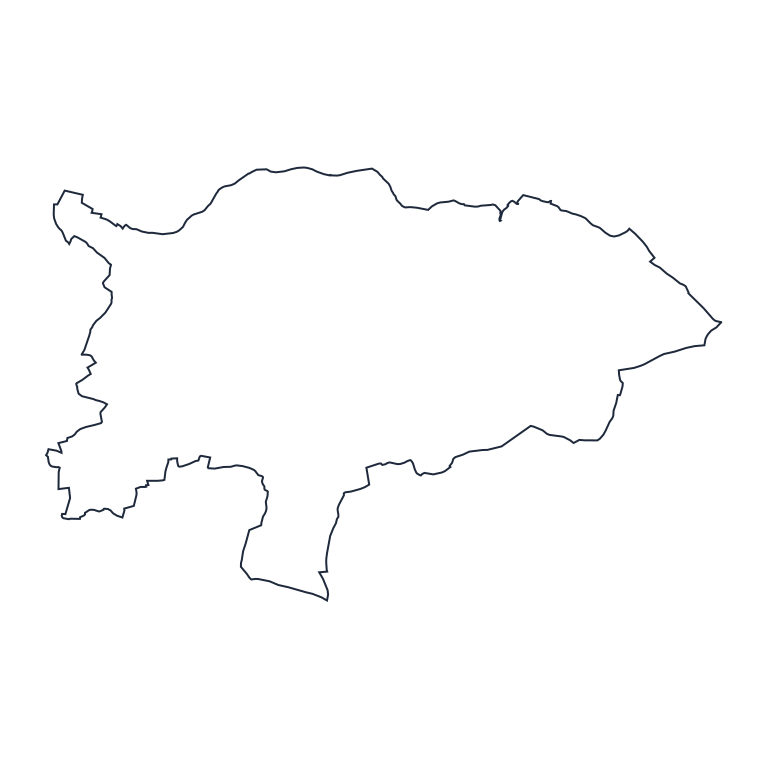 Ceanu Mare, Cluj, Romania (Robinson projection)
{"feature_id": "2599482B18461977466611", "entity_name": "Ceanu Mare", "entity_type": "district", "adm_level": 2, "iso_a3": "ROU", "parent_name": "Romania", "parent_adm1": "Cluj", "projection": "robinson", "projection_center": [23.937, 46.642], "detail": "fine", "context": "isolated", "style": "outline", "palette": "slate", "viewbox_px": 768, "rotation_deg": 0, "n_neighbors": 0, "source": "geoboundaries", "source_scale": "gbopen_adm2", "svg_char_len": 6025}
<svg xmlns="http://www.w3.org/2000/svg" viewBox="0 0 768 768"><path d="M721.9,322.3L716.2,321.1L714.8,320.5L712.9,318.9L703.6,308.2L688.4,293.3L688.6,292.7L688.3,291.9L685.7,286.3L683.2,284.7L680.1,283.5L672.6,277.5L666.7,273.6L659.7,267.5L654.7,265.0L650.1,261.6L654.5,257.8L649.2,251.0L646.8,246.8L642.8,241.7L635.3,233.9L629.3,228.7L627.7,230.7L625.6,232.2L619.0,235.4L614.1,236.5L610.1,235.7L605.4,232.7L600.1,228.1L598.4,227.2L592.8,225.2L590.3,223.1L585.9,218.6L584.6,217.8L580.7,216.0L575.9,214.4L572.6,213.7L566.4,211.1L561.2,210.4L560.4,209.9L558.6,207.3L557.3,206.2L550.6,203.6L551.0,201.0L550.2,201.1L548.1,202.3L543.1,201.3L540.6,200.4L539.1,199.1L523.2,195.1L517.6,201.5L517.2,203.2L518.8,204.1L516.7,203.9L514.0,201.6L512.3,200.8L511.0,201.3L509.3,202.8L507.5,205.0L508.2,205.9L507.9,206.3L506.5,207.9L504.0,209.7L502.3,212.0L500.2,219.6L500.2,220.2L500.7,220.6L499.9,221.0L499.5,220.5L499.4,218.7L500.7,214.9L500.7,214.1L500.3,213.4L500.5,211.7L500.4,210.8L495.3,205.2L492.8,204.5L490.4,205.0L480.9,205.7L478.2,206.5L475.1,206.7L464.6,205.3L463.9,204.1L461.7,204.1L459.4,203.4L455.2,201.0L453.6,200.4L448.5,201.7L440.1,202.5L437.2,203.3L432.0,206.3L428.1,209.9L416.8,207.7L410.3,207.1L405.4,207.4L404.4,207.2L401.8,205.7L400.5,203.9L397.0,200.5L396.4,199.4L395.4,196.1L393.7,194.4L393.1,192.9L391.7,190.9L390.2,186.5L388.7,183.8L383.1,178.5L382.1,176.7L380.2,175.1L377.4,171.8L372.0,168.6L356.5,170.9L347.5,172.8L339.9,175.2L336.8,175.6L332.3,175.4L330.1,174.9L329.9,175.0L330.5,175.4L329.6,175.4L323.7,174.1L316.8,171.6L312.3,169.3L307.2,167.9L304.0,167.5L297.4,167.9L291.2,169.2L284.4,171.3L275.9,172.3L270.8,171.6L266.6,169.3L256.6,169.7L251.9,171.9L249.4,173.5L248.6,173.5L238.8,180.3L234.9,183.5L231.1,185.2L224.6,186.4L222.5,187.3L219.5,189.2L218.2,190.5L217.9,191.4L216.3,193.5L210.6,203.6L207.9,206.1L204.6,210.2L202.1,211.8L193.7,214.5L191.7,215.6L186.9,219.9L185.0,222.9L183.0,226.9L179.0,230.5L176.8,231.8L173.1,233.0L162.6,234.2L152.4,232.8L148.6,232.9L141.8,231.5L136.5,229.2L132.5,229.0L130.2,228.1L126.2,224.8L125.2,225.3L123.9,226.7L122.7,228.6L120.6,226.1L117.4,224.1L117.2,225.0L116.2,226.1L109.9,221.4L106.9,219.6L100.6,217.6L101.5,214.2L91.6,212.8L92.4,210.6L92.6,209.0L81.8,202.8L82.0,199.1L82.8,194.8L64.7,190.6L57.4,204.4L54.0,204.4L53.7,214.6L54.2,218.6L56.2,224.1L58.3,227.4L59.7,229.0L60.9,229.9L62.0,231.3L63.1,233.6L65.9,240.7L68.1,242.3L69.2,244.0L70.6,241.2L71.1,239.2L74.3,236.1L77.3,237.3L85.7,242.0L87.2,243.6L88.6,246.0L93.0,248.2L97.0,252.6L104.5,257.9L108.8,263.2L111.0,264.7L110.0,268.6L109.6,275.1L104.5,280.7L103.3,282.2L102.9,283.2L104.6,287.3L111.6,291.9L111.7,295.3L112.1,297.9L111.6,299.1L111.5,302.5L111.2,303.6L105.4,312.6L100.1,317.9L96.4,320.8L93.1,325.1L92.2,327.2L90.4,329.7L90.3,331.8L89.3,335.5L84.4,349.9L81.7,354.4L81.8,354.7L86.6,354.7L90.0,355.3L91.6,356.4L93.8,360.4L95.8,362.7L87.5,367.6L88.9,369.8L90.7,374.0L88.3,375.4L82.3,379.9L76.7,383.2L76.2,383.9L76.8,386.0L77.3,386.9L77.2,388.5L78.6,393.7L82.0,396.2L93.5,399.1L95.8,400.1L99.5,401.0L103.5,402.4L107.0,404.3L104.8,407.5L100.7,412.0L100.5,412.6L100.4,413.6L101.9,421.9L101.1,423.1L94.4,425.0L85.9,427.0L80.2,429.1L76.7,431.8L74.7,434.5L72.0,436.5L67.4,438.0L66.9,441.0L58.4,443.1L61.3,450.9L61.5,452.8L56.6,450.7L48.5,449.2L47.5,452.8L46.1,455.2L47.9,456.8L48.7,462.3L49.6,464.4L50.6,465.7L52.0,466.5L56.6,467.2L58.6,467.1L59.7,467.7L58.7,471.9L58.5,489.1L68.9,487.8L70.1,498.0L65.4,514.1L62.1,513.9L61.7,515.5L62.3,517.4L63.3,518.2L68.8,519.2L70.3,518.7L79.9,518.9L80.1,517.2L83.8,515.6L85.0,514.5L85.0,512.9L89.3,510.0L91.3,509.7L94.0,509.9L98.7,511.4L99.6,511.4L103.5,509.8L103.7,508.9L104.4,508.7L107.8,509.0L110.5,510.4L113.1,513.3L117.0,515.7L122.4,517.5L124.4,510.6L124.2,508.6L133.8,505.9L136.4,495.3L136.6,492.8L135.9,488.7L140.7,486.9L144.7,487.0L146.2,486.7L145.8,485.7L145.9,485.3L148.4,485.0L147.1,480.8L157.5,480.8L162.5,480.4L164.4,479.9L165.4,471.6L166.3,468.1L168.3,462.1L168.4,459.5L171.2,459.4L171.3,458.6L177.1,458.3L177.2,461.6L178.1,465.6L178.5,466.3L179.5,466.7L182.3,466.3L189.1,464.0L195.4,461.1L198.4,460.5L199.8,456.5L201.1,455.8L210.2,457.5L207.8,467.3L208.4,468.2L214.7,468.6L223.5,467.0L230.7,466.8L235.4,465.5L237.0,465.4L242.6,466.1L249.4,467.9L253.7,469.8L255.1,470.9L258.3,475.1L261.8,476.1L262.7,476.7L263.0,477.7L261.9,481.3L262.6,483.8L264.4,486.5L264.4,488.9L264.6,489.4L265.2,490.0L267.4,491.1L267.8,491.7L267.5,496.2L265.8,501.8L266.5,507.4L266.4,509.3L265.9,511.3L264.9,513.6L263.0,516.6L261.4,522.9L261.2,525.2L249.3,530.1L245.6,543.7L243.1,551.3L241.8,559.9L241.0,563.0L240.9,566.8L247.0,574.1L249.4,577.7L251.3,579.5L255.3,578.9L258.1,579.0L269.6,581.3L278.3,585.0L288.2,587.2L306.4,592.4L312.4,593.8L321.4,597.3L327.0,600.5L328.1,594.6L327.6,590.2L323.0,578.9L319.2,572.3L327.2,571.6L326.7,569.8L326.2,562.4L326.3,558.7L327.0,553.3L330.2,535.9L333.3,528.2L336.0,523.1L336.9,519.1L338.4,516.8L338.3,514.0L337.6,510.1L337.7,508.2L338.9,504.8L343.9,495.3L343.8,493.3L345.3,492.3L350.8,491.6L360.2,489.0L365.0,487.1L369.2,484.6L366.4,467.7L379.2,463.5L381.0,463.5L382.2,464.9L382.6,464.9L385.8,464.1L387.1,463.1L389.7,462.4L397.3,464.1L400.2,464.0L404.6,462.6L407.3,461.1L410.1,460.1L410.6,460.2L411.4,461.0L412.9,463.2L414.9,469.6L416.3,472.6L417.0,473.5L419.9,475.2L420.9,475.4L422.2,474.0L424.5,472.9L433.3,474.4L442.2,472.4L445.1,471.0L450.4,467.0L449.6,466.0L452.1,462.8L453.3,458.9L455.4,457.1L462.8,454.7L469.4,451.6L482.7,450.0L487.4,449.9L501.6,446.4L530.7,425.9L533.9,426.7L542.6,430.3L546.9,433.8L549.5,434.9L561.7,436.5L563.8,437.0L570.0,440.2L573.6,443.0L579.4,439.9L584.2,440.3L597.3,440.4L599.7,438.9L603.3,434.8L605.5,430.9L609.7,421.8L612.3,418.2L613.3,415.7L613.6,410.6L616.2,403.0L617.8,395.0L619.9,395.2L620.5,393.6L622.5,386.5L622.8,383.1L620.8,381.1L620.0,379.7L619.1,374.6L618.8,370.3L634.1,367.9L640.6,365.8L644.5,364.2L659.7,356.0L664.0,354.0L674.4,351.7L686.3,347.9L694.8,346.1L704.4,345.3L705.5,339.0L707.0,335.8L708.2,334.0L711.2,330.6L716.4,327.4L720.9,322.6L721.9,322.3Z" fill="none" stroke="#1e293b" stroke-width="2"/></svg>